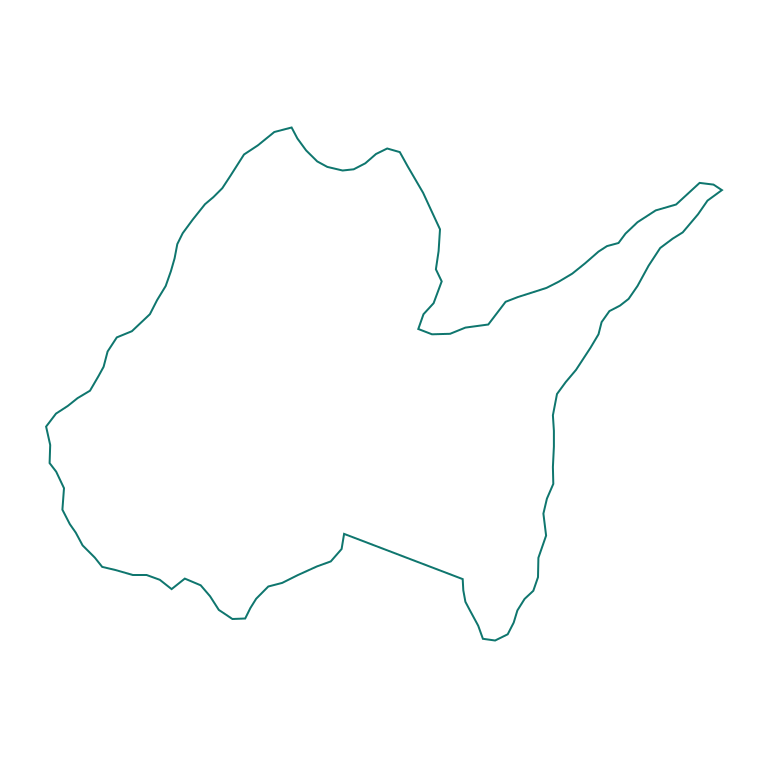 Cruzália, São Paulo, Brazil
{"feature_id": "56859067B72115039029830", "entity_name": "Cruzália", "entity_type": "district", "adm_level": 2, "iso_a3": "BRA", "parent_name": "Brazil", "parent_adm1": "São Paulo", "projection": "robinson", "projection_center": [-50.755, -22.735], "detail": "fine", "context": "isolated", "style": "outline", "palette": "teal", "viewbox_px": 768, "rotation_deg": 0, "n_neighbors": 0, "source": "geoboundaries", "source_scale": "gbopen_adm2", "svg_char_len": 1744}
<svg xmlns="http://www.w3.org/2000/svg" viewBox="0 0 768 768"><path d="M721.9,190.1L713.5,184.6L699.6,182.9L676.1,204.5L655.7,210.4L637.5,222.2L625.5,233.6L618.5,243.0L607.0,246.1L598.5,251.6L585.1,263.3L572.3,273.6L558.7,281.7L546.5,287.9L518.0,297.0L505.6,301.8L494.7,316.1L488.3,324.5L465.4,327.6L450.1,333.8L432.0,334.3L418.3,329.0L423.5,314.2L433.6,303.2L441.7,281.4L435.9,269.3L438.6,251.1L440.0,229.3L430.9,209.7L423.1,192.8L407.6,166.2L399.8,152.1L387.2,148.5L376.0,154.0L365.3,163.3L353.7,169.3L342.6,170.5L327.3,166.9L317.2,161.4L306.1,150.4L297.4,138.5L291.6,127.5L274.3,132.0L257.8,145.4L244.0,154.5L230.3,176.0L222.3,188.2L213.4,197.1L205.0,204.2L192.8,219.5L182.7,233.2L177.3,244.1L174.6,258.3L170.9,271.2L165.7,286.0L157.1,300.1L149.9,314.2L131.9,331.2L116.8,337.4L107.6,351.5L103.6,366.8L98.5,376.1L90.0,390.7L77.6,398.1L67.7,406.0L56.0,413.6L46.1,426.6L50.2,445.0L49.6,463.1L56.2,471.7L64.0,488.2L62.4,509.7L69.8,524.1L75.8,532.7L82.6,545.4L94.8,557.6L102.2,566.9L115.4,570.0L132.8,575.0L146.6,575.0L159.8,579.8L171.6,589.1L184.8,578.6L200.7,585.3L210.1,596.3L218.8,609.9L232.4,619.0L245.2,618.5L250.4,608.0L256.2,598.7L268.3,586.5L282.2,582.9L298.0,575.0L317.0,566.4L330.8,561.4L341.6,549.0L344.1,533.9L462.7,579.1L463.3,590.3L465.4,601.8L470.3,611.1L478.2,625.7L482.9,638.8L495.1,640.5L507.7,634.3L513.7,622.6L517.4,610.4L524.6,598.9L533.3,590.8L538.0,577.2L538.4,557.8L546.1,535.6L543.4,513.6L546.9,498.7L553.3,483.9L552.9,467.0L553.9,446.6L553.9,430.9L552.9,415.3L557.0,394.0L565.7,382.1L576.0,369.9L590.4,347.9L598.5,334.3L601.6,322.1L609.4,311.1L620.0,305.6L628.6,298.9L637.5,286.0L648.6,265.7L660.2,248.0L672.6,238.7L682.7,232.4L698.0,214.3L707.5,200.6L721.9,190.1Z" fill="none" stroke="#0f766e" stroke-width="2"/></svg>